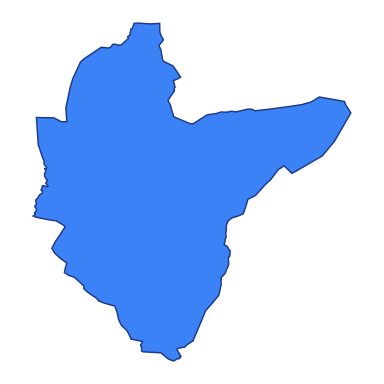 outline of Takai, Kano, Nigeria
{"feature_id": "59680162B89970230221745", "entity_name": "Takai", "entity_type": "district", "adm_level": 2, "iso_a3": "NGA", "parent_name": "Nigeria", "parent_adm1": "Kano", "projection": "mercator", "projection_center": [9.174, 11.48], "detail": "fine", "context": "isolated", "style": "filled", "palette": "blue", "viewbox_px": 384, "rotation_deg": 0, "n_neighbors": 0, "source": "geoboundaries", "source_scale": "gbopen_adm2", "svg_char_len": 3337}
<svg xmlns="http://www.w3.org/2000/svg" viewBox="0 0 384 384"><path d="M350.8,112.9L345.5,104.5L344.5,101.5L319.3,97.0L319.2,97.1L310.9,102.1L300.7,104.8L291.0,106.3L269.1,109.2L255.2,110.8L251.3,109.1L247.6,109.2L235.9,111.9L231.4,111.2L226.8,112.2L220.8,112.0L218.0,113.1L212.9,114.1L208.9,114.5L206.8,115.0L193.3,123.7L189.8,123.6L173.8,116.8L171.8,110.5L170.3,104.8L167.9,100.4L174.4,90.9L174.2,88.4L175.1,87.2L173.3,80.7L177.1,79.1L180.6,77.1L173.0,65.9L163.1,61.1L162.2,57.4L161.0,50.5L160.9,49.7L158.9,45.6L163.4,39.9L160.6,34.7L159.8,31.3L159.7,23.4L150.5,23.9L146.2,23.7L141.3,23.3L138.1,23.0L136.0,23.5L134.2,23.1L133.6,25.1L132.9,26.8L132.2,28.6L130.9,29.1L130.8,30.4L130.2,32.4L129.9,35.2L127.8,36.5L128.2,38.6L120.9,45.1L118.3,45.0L114.0,44.1L113.2,44.3L112.5,44.6L112.0,45.2L111.6,46.0L110.9,46.9L110.2,47.5L108.4,48.0L101.3,47.3L84.2,58.7L80.6,61.8L72.8,78.7L70.3,87.0L65.9,107.7L66.8,121.6L61.4,121.8L54.0,117.9L36.4,117.5L36.8,122.7L36.8,122.8L38.3,144.9L42.9,158.5L43.8,159.8L44.1,161.5L44.0,163.5L44.5,165.0L45.2,165.5L46.6,167.5L46.5,168.5L45.8,168.6L44.7,168.5L45.1,169.9L45.9,170.7L45.7,172.1L44.7,173.2L44.5,174.6L44.8,176.5L46.2,179.2L47.3,179.9L47.3,180.7L46.7,181.5L46.9,181.4L46.3,182.0L45.9,183.3L45.9,183.6L46.7,184.2L47.4,184.8L47.9,185.5L48.0,186.2L47.7,186.6L47.3,186.8L46.7,186.6L45.7,186.0L44.5,186.0L42.9,185.6L42.6,186.0L42.3,186.4L42.1,186.7L42.0,187.5L41.9,188.5L41.6,189.2L41.2,189.5L41.2,190.4L41.8,190.7L42.6,191.3L42.6,191.9L42.3,192.9L42.0,193.3L40.8,194.1L39.6,195.0L39.1,195.4L38.3,197.3L37.4,198.6L36.6,199.1L36.1,199.7L35.8,200.1L36.0,201.9L36.1,202.8L36.4,203.5L36.5,204.1L36.3,204.5L35.8,205.2L35.3,205.3L34.9,206.0L34.9,206.7L35.3,207.5L36.0,208.3L36.5,209.2L36.2,210.6L35.5,211.9L34.5,212.8L34.5,213.2L35.1,213.9L35.1,214.4L34.7,215.1L33.7,215.6L33.2,216.0L36.5,217.3L49.9,220.0L56.1,220.8L63.4,225.1L65.2,226.8L55.0,242.2L51.9,248.3L54.7,253.1L60.7,258.6L66.9,263.0L65.6,266.9L64.4,272.5L68.2,275.1L74.4,277.3L83.9,286.0L83.8,288.7L87.8,292.3L96.9,298.5L98.5,300.8L104.2,303.1L114.8,306.0L117.2,312.7L118.6,319.5L121.5,325.5L127.1,330.8L130.5,337.4L131.0,339.0L142.5,341.5L141.8,343.5L140.7,344.5L140.7,346.0L141.6,347.3L141.7,348.7L141.5,350.0L141.8,351.1L143.2,351.8L160.8,352.8L168.5,359.1L173.6,361.0L177.4,358.8L179.0,358.8L179.2,358.3L180.3,357.6L179.9,356.9L180.9,356.3L176.8,349.2L177.8,348.3L185.0,347.0L186.9,344.8L192.6,341.1L192.9,341.1L197.3,330.6L205.7,310.6L213.1,302.2L218.8,295.2L221.2,284.5L221.0,282.0L221.4,277.0L223.2,275.5L225.4,272.9L226.1,270.5L227.5,267.6L228.7,264.1L228.5,260.4L228.3,257.5L229.6,256.6L230.0,254.1L230.0,250.4L228.4,249.0L227.6,246.7L224.3,244.6L224.1,244.1L224.4,243.1L225.0,241.4L225.2,240.8L225.0,239.8L226.1,237.4L225.8,233.6L226.3,229.4L226.3,225.1L226.4,224.9L226.5,224.8L226.5,224.7L226.6,224.4L226.7,224.2L226.8,224.2L226.9,223.9L226.9,223.7L227.0,223.6L227.1,223.4L227.2,223.2L227.3,222.9L227.3,222.7L227.4,222.4L227.5,222.4L227.5,222.2L227.6,221.9L227.7,221.7L227.8,221.5L227.8,221.4L231.0,218.5L233.4,217.4L237.5,216.2L243.3,213.8L245.6,207.2L247.9,199.3L255.4,195.5L260.8,189.6L265.5,184.3L270.5,179.8L278.2,169.7L283.2,166.4L283.4,166.3L283.4,166.2L283.5,166.2L283.8,166.0L284.4,166.0L286.7,168.3L291.9,173.4L296.4,170.9L322.3,155.9L334.5,141.2L343.7,125.3L350.8,112.9Z" fill="#3b82f6" stroke="#1e3a8a" stroke-width="1.5"/></svg>